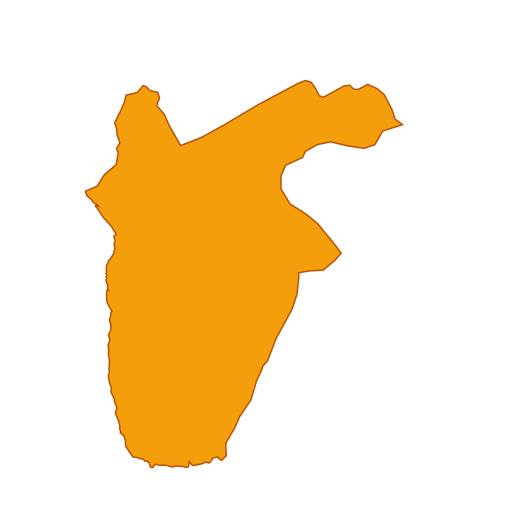 Ocean, Sud, Cameroon (Mercator projection), rotated 347°
{"feature_id": "32672807B78470526928215", "entity_name": "Ocean", "entity_type": "district", "adm_level": 2, "iso_a3": "CMR", "parent_name": "Cameroon", "parent_adm1": "Sud", "projection": "mercator", "projection_center": [10.17, 2.882], "detail": "fine", "context": "isolated", "style": "filled", "palette": "amber", "viewbox_px": 512, "rotation_deg": 347, "n_neighbors": 0, "source": "geoboundaries", "source_scale": "gbopen_adm2", "svg_char_len": 2797}
<svg xmlns="http://www.w3.org/2000/svg" viewBox="0 0 512 512"><g transform="rotate(347 256 256)"><path d="M197.6,80.5L197.0,74.3L189.8,71.0L187.3,66.4L184.4,64.6L176.9,70.0L165.6,70.0L162.9,75.7L161.6,77.5L156.8,84.0L148.3,94.4L148.9,100.3L147.9,107.3L148.9,114.9L144.3,119.9L145.0,124.6L140.3,135.4L126.3,142.9L125.6,143.6L117.0,152.2L106.5,154.1L104.6,154.4L104.1,155.9L105.5,160.4L107.5,162.8L109.7,167.0L110.9,168.8L112.8,170.3L113.8,172.2L111.0,170.9L110.8,171.5L112.1,173.9L116.0,184.4L121.3,193.7L123.0,198.5L124.5,202.7L124.2,203.9L122.9,204.2L121.8,205.2L122.2,208.6L122.0,210.2L120.8,211.6L120.2,214.2L120.4,215.9L119.8,217.9L119.0,218.9L118.0,221.4L113.0,226.5L112.0,226.8L108.5,231.4L107.6,233.5L106.6,238.3L105.9,239.5L106.3,241.3L105.3,242.5L105.3,244.0L104.3,246.1L104.8,250.9L104.2,254.5L104.5,256.2L103.3,255.9L102.8,256.2L101.3,261.6L100.4,267.1L101.4,271.9L103.2,277.2L102.8,278.0L101.8,278.8L101.2,280.9L99.5,283.9L98.8,286.0L99.1,289.9L98.3,294.8L94.6,299.5L94.4,301.0L95.0,302.9L94.4,305.4L91.9,309.6L91.0,316.3L90.6,317.0L90.1,318.2L89.7,325.7L88.8,327.0L88.5,329.8L87.3,333.1L86.9,336.6L85.2,339.3L84.7,346.4L85.4,352.4L84.0,355.7L85.9,363.8L85.2,366.2L86.3,371.3L86.2,372.0L85.9,373.8L84.0,376.4L83.7,377.9L85.0,386.2L85.1,390.9L84.3,394.2L84.7,396.4L84.0,397.7L85.7,399.7L86.9,402.3L87.2,406.8L86.4,410.3L86.4,412.5L89.7,421.3L90.8,424.2L91.7,424.3L95.9,426.2L96.9,427.2L99.8,428.0L100.4,428.7L101.5,430.9L103.1,431.1L104.5,432.1L105.3,433.5L105.6,437.6L106.6,438.7L108.0,439.0L110.3,436.5L111.3,436.3L113.9,437.8L115.4,438.3L116.7,438.7L121.4,439.6L126.4,442.5L128.3,443.0L129.8,442.4L131.0,442.7L137.6,444.7L138.9,445.5L141.8,446.6L143.1,445.6L144.0,442.8L144.9,441.4L145.4,443.4L147.0,445.6L150.0,446.3L157.8,446.2L159.6,445.5L161.0,445.6L162.7,446.7L164.0,447.1L165.3,446.4L168.6,443.3L170.1,443.0L171.3,443.3L173.1,443.0L173.8,443.7L174.4,445.4L176.6,447.4L181.6,444.2L182.2,443.8L182.6,440.9L184.1,433.0L185.1,431.0L197.0,418.3L202.4,410.9L203.8,409.0L218.5,395.3L228.5,377.8L229.8,376.1L235.0,369.5L237.9,364.8L243.6,360.9L256.9,341.1L279.1,316.0L279.9,314.7L287.5,302.2L293.1,285.7L293.8,281.9L304.9,282.6L318.5,284.9L332.2,277.7L339.6,272.4L334.2,260.1L323.3,238.3L314.0,226.2L300.8,212.8L295.4,196.0L298.4,183.5L302.0,178.7L305.3,174.2L316.6,171.9L323.6,170.4L325.1,168.4L327.7,165.1L340.7,161.3L354.3,161.5L359.0,163.8L371.0,169.7L385.5,175.4L396.8,174.3L407.6,162.7L428.3,161.0L422.2,153.7L421.5,144.0L417.2,127.5L411.8,120.3L403.5,113.9L393.5,116.6L388.9,115.6L385.6,110.6L379.5,110.2L360.7,115.6L356.9,116.5L353.6,113.7L352.0,107.0L348.9,99.2L344.7,96.6L343.7,96.2L337.2,96.9L291.2,109.3L254.7,121.0L231.7,127.6L229.6,128.2L207.4,131.4L204.6,122.1L200.9,109.9L198.5,97.3L193.0,86.9L197.6,80.5Z" fill="#f59e0b" stroke="#b45309" stroke-width="1.5"/></g></svg>